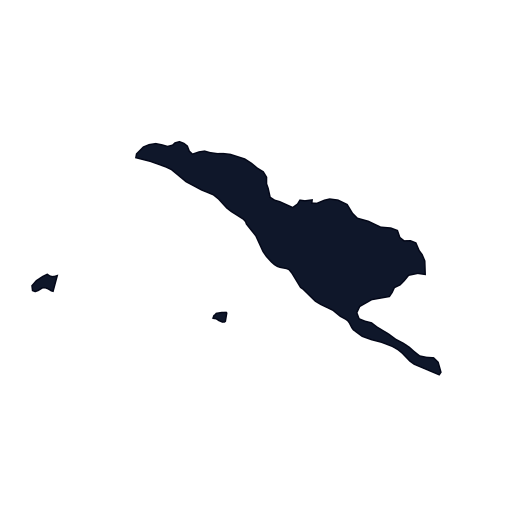 outline of Taitung, rotated 105°
{"feature_id": "TWN-1177", "entity_name": "Taitung", "entity_type": "County", "adm_level": 1, "iso_a3": "TWN", "parent_name": "Taiwan", "parent_adm1": "", "projection": "equal_earth", "projection_center": [121.163, 22.723], "detail": "fine", "context": "isolated", "style": "filled", "palette": "ink", "viewbox_px": 512, "rotation_deg": 105, "n_neighbors": 0, "source": "natural_earth", "source_scale": "10m", "svg_char_len": 2037}
<svg xmlns="http://www.w3.org/2000/svg" viewBox="0 0 512 512"><g transform="rotate(105 256 256)"><path d="M323.3,48.3L319.6,75.1L317.7,80.1L311.9,89.7L309.7,94.6L308.0,100.9L306.8,112.5L306.9,122.8L306.1,132.6L302.1,142.8L300.4,144.9L296.4,148.5L294.7,150.7L293.8,153.1L292.4,159.0L288.5,167.6L286.0,180.9L284.3,186.9L275.8,202.0L274.8,204.8L263.3,216.8L260.5,220.7L260.2,223.4L260.7,229.8L260.5,232.7L259.5,236.0L257.7,239.6L253.8,245.7L249.9,250.3L236.6,261.3L227.6,273.5L225.5,274.9L223.7,277.7L219.4,291.4L217.2,296.6L210.6,306.9L207.9,313.0L206.3,325.6L202.3,342.8L194.4,360.0L193.3,365.9L191.9,382.4L192.1,397.5L188.3,397.8L179.9,393.0L176.1,388.0L173.4,381.9L173.0,375.7L173.1,369.8L170.5,365.2L167.7,363.5L165.4,359.5L165.9,354.8L167.6,350.8L172.0,347.6L174.1,343.7L170.2,337.9L168.0,332.8L168.1,327.3L167.2,320.0L165.5,313.8L164.5,307.1L165.2,292.0L167.7,284.3L170.8,277.6L172.8,270.8L177.2,266.2L183.6,264.5L187.5,261.8L195.6,257.6L197.3,252.5L197.4,247.2L199.7,233.1L195.1,229.3L190.7,228.0L190.1,223.1L187.3,216.3L190.5,215.8L189.4,210.8L184.4,204.3L181.9,199.6L180.8,191.3L182.7,181.3L189.8,173.9L193.3,167.9L193.4,156.5L195.9,143.1L194.1,133.0L194.8,126.0L200.9,121.9L203.1,116.9L201.3,110.8L202.0,105.0L208.5,99.9L211.7,95.9L217.1,91.7L230.0,87.8L230.9,95.3L235.1,103.6L241.5,106.5L246.6,109.4L250.7,114.2L255.9,115.1L260.6,116.7L268.2,133.0L277.9,142.8L284.7,144.0L290.0,140.2L290.8,133.9L290.7,127.1L293.3,120.9L297.2,107.4L300.3,99.6L302.2,91.1L304.5,84.3L307.2,79.0L310.2,72.1L309.8,65.1L308.4,58.1L311.5,52.6L320.4,47.3L323.3,48.3ZM341.9,453.9L345.8,457.6L347.5,460.1L347.2,462.9L342.7,464.7L336.6,461.7L331.0,456.7L327.7,452.9L328.7,450.1L328.7,447.5L327.8,445.1L326.4,442.9L342.6,442.9L342.6,444.8L342.2,445.9L341.5,448.4L341.2,451.3L341.9,453.9ZM319.4,274.4L318.2,270.1L318.7,269.5L327.0,268.7L327.9,269.4L328.5,271.4L327.9,275.4L327.2,277.1L326.9,278.8L327.2,280.4L327.1,281.5L326.5,281.3L325.0,281.3L324.3,281.1L323.9,280.6L321.7,279.5L319.4,274.4Z" fill="#0f172a" stroke="#020617" stroke-width="1.5"/></g></svg>